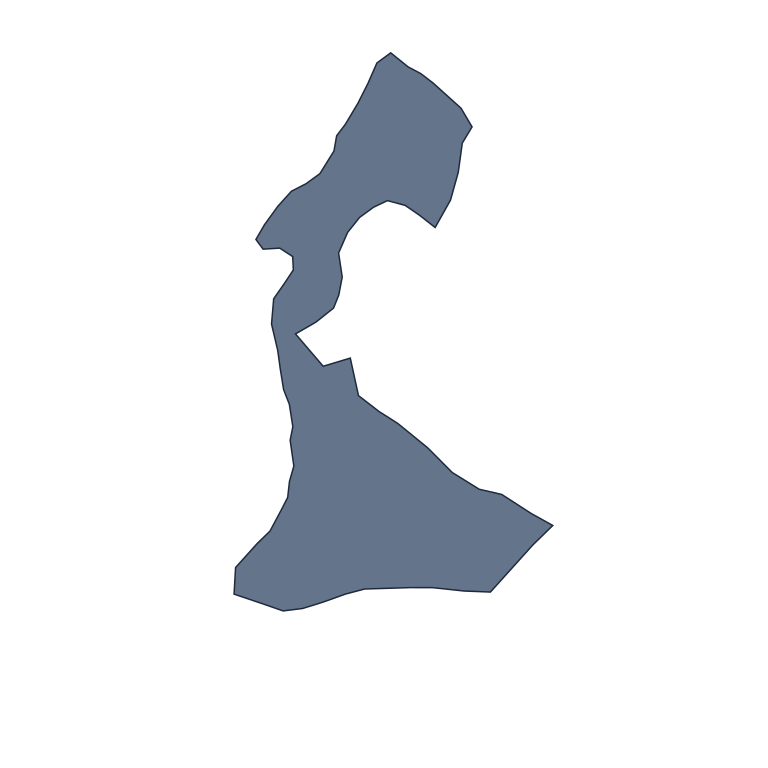 Pigi, Cyprus (Natural Earth projection), rotated 222°
{"feature_id": "46923920B21676423374692", "entity_name": "Pigi", "entity_type": "district", "adm_level": 2, "iso_a3": "CYP", "parent_name": "Cyprus", "parent_adm1": "", "projection": "natural_earth1", "projection_center": [33.773, 35.218], "detail": "fine", "context": "isolated", "style": "filled", "palette": "slate", "viewbox_px": 768, "rotation_deg": 222, "n_neighbors": 0, "source": "geoboundaries", "source_scale": "gbopen_adm2", "svg_char_len": 1155}
<svg xmlns="http://www.w3.org/2000/svg" viewBox="0 0 768 768"><g transform="rotate(222 384 384)"><path d="M163.9,391.8L187.8,386.3L222.6,380.7L242.8,369.5L274.0,363.9L308.9,365.8L347.5,363.9L369.5,360.2L395.2,358.3L426.4,380.7L441.1,356.5L483.3,362.0L476.0,384.4L472.3,406.7L477.2,420.0L486.6,435.5L505.4,451.0L512.5,472.4L513.6,491.5L510.1,508.2L504.2,522.5L487.8,530.9L470.2,533.2L450.7,534.5L457.6,565.1L470.5,591.1L487.0,615.4L490.6,634.0L511.3,640.5L532.4,640.5L548.9,640.5L564.2,639.3L578.3,635.8L600.6,634.6L604.1,617.9L597.0,596.4L591.2,575.0L586.5,551.1L585.3,536.8L577.1,523.7L572.4,497.5L575.9,480.8L581.8,465.3L581.8,453.4L581.8,445.0L579.4,422.4L575.9,405.7L564.1,403.3L552.4,415.2L537.1,417.6L527.7,408.1L525.4,392.6L523.0,373.5L507.7,353.3L485.4,337.8L471.3,325.9L454.9,312.7L440.8,305.6L423.2,291.3L416.1,279.4L396.1,262.7L389.1,248.4L379.7,235.3L376.2,222.2L370.3,198.4L371.5,180.5L371.5,161.4L371.5,148.3L354.8,127.5L329.1,138.6L307.1,147.9L294.2,162.8L283.2,181.4L272.2,201.9L261.2,218.7L228.2,250.3L211.6,265.2L185.9,283.8L165.7,300.6L165.7,321.1L165.7,363.9L163.9,391.8Z" fill="#64748b" stroke="#1e293b" stroke-width="1.5"/></g></svg>